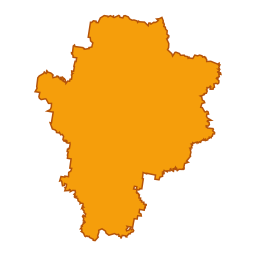 Lithgow, New South Wales, Australia (orthographic projection)
{"feature_id": "25037944B76556859341208", "entity_name": "Lithgow", "entity_type": "district", "adm_level": 2, "iso_a3": "AUS", "parent_name": "Australia", "parent_adm1": "New South Wales", "projection": "orthographic", "projection_center": [150.218, -33.32], "detail": "fine", "context": "isolated", "style": "filled", "palette": "amber", "viewbox_px": 256, "rotation_deg": 0, "n_neighbors": 0, "source": "geoboundaries", "source_scale": "gbopen_adm2", "svg_char_len": 5719}
<svg xmlns="http://www.w3.org/2000/svg" viewBox="0 0 256 256"><path d="M61.0,176.5L59.7,181.0L61.0,180.6L61.7,181.4L62.5,185.8L64.3,185.5L64.6,183.5L66.6,184.3L66.2,187.1L64.9,187.7L65.5,188.5L64.8,190.8L68.6,190.5L69.6,189.5L70.3,190.0L70.2,191.7L72.6,190.4L75.1,190.5L75.5,192.8L74.0,194.3L75.0,194.7L74.5,196.2L76.3,196.4L75.0,197.5L77.7,198.4L78.1,200.8L80.2,202.3L80.1,203.7L81.0,203.1L82.9,203.5L83.1,205.0L82.5,205.8L83.6,207.0L82.2,206.9L81.7,208.4L82.7,207.8L82.9,209.8L84.1,210.9L84.0,212.4L85.7,214.0L84.9,215.4L85.3,216.6L83.8,216.4L83.2,215.3L82.5,216.4L83.7,218.5L83.3,220.7L84.4,220.9L85.1,222.3L84.1,223.1L83.9,222.2L83.4,222.4L83.0,224.2L81.9,225.4L82.2,226.2L81.3,226.2L81.4,227.7L80.5,228.8L81.7,228.9L81.9,231.0L81.2,231.5L83.5,233.1L84.8,236.1L85.6,236.6L86.8,235.9L88.1,236.6L89.1,236.3L89.7,237.5L93.3,239.3L93.2,240.3L95.1,240.6L98.2,237.1L97.6,236.0L98.9,232.1L98.7,230.3L102.0,228.8L105.4,231.0L106.1,233.1L108.9,235.2L114.5,233.6L117.0,234.8L118.3,234.3L119.0,235.0L118.8,236.2L121.0,236.6L120.8,237.8L121.2,237.9L122.2,235.4L125.5,235.8L125.9,236.8L126.8,236.9L126.7,236.2L129.0,233.7L130.0,233.9L130.9,232.4L133.1,231.8L133.7,230.6L132.6,228.8L131.3,229.8L130.9,228.5L130.1,228.4L128.9,230.2L126.6,230.8L126.2,229.3L127.8,227.8L127.0,226.3L132.6,227.3L134.2,218.7L137.2,219.0L137.7,215.7L141.3,216.0L141.0,214.0L139.1,212.7L139.6,209.4L144.2,210.2L144.7,207.6L145.3,207.7L145.2,205.3L146.1,205.4L146.2,204.5L143.6,204.0L143.9,202.3L141.5,201.9L141.7,200.5L140.2,200.2L140.6,198.1L138.9,197.9L139.4,194.9L138.6,194.8L138.5,193.4L137.0,193.2L137.1,192.4L136.5,192.3L136.9,190.2L136.3,189.4L133.6,189.0L134.4,186.3L136.8,186.7L136.6,189.5L138.6,189.9L139.7,189.5L139.8,188.5L141.8,188.8L143.3,178.8L142.4,178.6L143.1,172.5L146.5,173.8L146.5,173.3L147.4,173.4L155.5,175.1L154.9,179.2L159.0,179.8L159.9,177.1L162.6,176.3L162.5,173.8L163.8,173.9L164.2,173.0L162.7,172.1L163.8,171.6L164.1,170.4L167.2,171.7L167.1,170.8L170.0,170.9L170.2,169.1L170.8,168.7L171.3,170.1L173.5,171.3L173.8,169.7L173.1,169.5L173.1,168.8L174.8,168.4L175.5,167.2L176.1,168.7L175.5,169.4L176.4,169.8L176.8,169.0L177.3,170.6L179.0,169.3L183.6,169.4L184.0,169.0L183.4,168.4L184.2,167.9L183.9,167.0L184.6,163.5L188.3,162.3L186.5,161.1L190.6,156.1L190.1,155.5L190.9,152.3L190.3,149.7L190.8,149.3L189.9,148.2L191.9,147.8L191.5,146.2L192.5,145.1L191.3,144.1L192.7,143.7L192.8,142.7L193.7,143.2L196.3,142.2L197.0,143.2L197.7,142.1L198.6,142.8L199.5,141.8L200.6,142.3L201.1,141.0L202.8,139.9L203.8,140.3L203.9,139.2L204.7,140.0L205.5,139.3L205.7,140.5L207.7,139.9L208.1,138.6L209.3,138.2L209.3,137.2L211.1,137.8L211.6,136.3L212.4,136.1L212.8,134.0L214.5,133.9L214.6,132.5L212.7,130.8L213.4,129.4L213.0,128.6L207.9,128.1L206.2,126.9L206.2,125.8L208.0,126.1L209.4,124.6L209.1,122.5L207.3,121.4L207.5,120.6L211.3,120.3L207.4,118.0L206.5,116.5L206.8,114.2L208.6,114.1L208.1,111.9L206.9,111.2L205.7,112.0L204.6,111.7L202.3,107.6L200.7,107.3L201.9,103.5L204.7,102.7L204.1,101.1L202.3,100.1L201.7,96.9L200.3,96.0L203.0,95.3L203.6,94.2L204.4,94.5L204.6,93.5L206.4,93.2L207.2,91.0L206.4,89.9L207.1,89.0L207.0,87.6L209.0,87.7L210.2,86.1L210.9,86.8L210.2,89.2L213.1,89.2L213.4,87.7L214.5,87.2L213.8,84.0L216.0,83.3L217.7,83.9L218.8,82.9L218.9,80.8L216.4,78.3L217.1,77.6L218.0,78.2L218.4,76.9L219.3,76.7L218.8,74.0L220.9,74.4L220.5,72.8L217.1,72.0L219.0,71.5L219.4,70.0L218.2,69.2L219.6,69.1L218.8,67.6L219.8,65.0L217.9,65.2L219.2,64.4L219.1,63.2L217.7,64.1L210.8,61.3L206.7,61.5L206.6,59.3L204.9,57.4L205.3,57.2L204.2,56.6L202.6,57.1L202.0,55.8L199.6,55.1L197.6,55.9L194.8,55.1L192.8,58.5L189.3,58.0L189.0,57.2L188.1,58.1L187.6,56.6L184.9,56.2L184.3,55.2L180.6,55.3L179.4,53.5L175.9,52.2L175.0,52.4L172.6,56.1L171.8,53.7L167.5,49.7L168.6,47.6L168.8,43.6L166.7,38.9L167.8,38.5L167.6,37.4L168.8,37.0L168.8,35.7L166.9,34.2L167.2,30.7L165.6,29.2L165.3,27.1L163.8,26.5L164.3,24.8L163.8,23.1L163.0,22.9L163.3,21.0L161.9,17.4L159.3,18.7L156.7,19.0L158.3,20.5L156.6,21.9L154.8,22.6L154.0,22.2L150.9,24.1L150.1,23.0L148.8,23.1L148.2,25.7L144.5,22.1L139.6,21.8L138.6,21.1L137.7,22.4L137.0,20.9L134.0,20.0L132.1,20.2L129.6,18.9L128.3,16.9L125.1,15.6L123.7,16.0L122.9,17.9L119.9,17.3L119.6,16.0L118.8,15.4L114.0,17.6L113.0,16.9L113.9,15.4L112.5,16.8L110.4,15.7L108.1,16.9L107.9,16.2L104.2,15.6L100.4,17.9L98.1,22.7L96.2,22.5L96.1,21.2L93.4,20.8L91.5,22.5L90.5,22.3L88.2,37.2L90.2,37.5L90.6,40.9L92.8,42.8L91.8,47.0L89.8,47.4L89.1,48.4L88.8,47.9L88.3,48.6L85.1,49.2L84.5,48.6L84.1,49.0L83.0,47.6L74.9,46.5L74.5,45.0L73.3,46.0L72.5,52.9L71.5,52.7L71.6,53.7L73.0,55.2L73.1,57.3L76.7,57.8L76.1,61.5L75.1,61.3L74.0,65.7L73.9,66.6L74.4,66.7L73.6,71.3L71.7,71.0L71.9,72.9L72.5,73.3L71.9,73.4L72.2,74.3L71.4,75.0L71.9,75.9L71.5,79.2L70.1,79.2L69.6,81.2L67.6,81.1L65.9,83.5L65.4,80.8L64.5,81.9L62.6,80.7L64.7,79.3L64.4,78.7L63.3,79.2L63.4,78.1L62.5,77.1L61.5,77.9L61.6,79.5L60.3,79.4L60.5,77.6L59.7,78.2L58.5,77.5L58.6,76.6L57.0,76.0L56.7,76.8L53.0,77.7L52.5,75.7L53.1,75.1L52.6,74.5L50.8,73.0L47.8,72.1L46.8,70.6L46.5,71.1L47.1,72.5L46.1,73.5L44.3,72.0L43.7,73.4L39.3,75.9L37.8,77.8L36.7,86.8L37.1,88.2L35.1,91.7L39.8,92.4L38.9,96.7L39.4,98.2L41.2,99.6L45.3,98.8L46.2,99.2L48.5,103.4L51.5,103.4L51.3,107.2L50.2,109.6L47.2,111.1L53.2,112.1L51.4,123.0L50.1,122.7L52.4,129.0L55.0,129.9L56.4,131.1L56.5,132.5L58.8,132.9L59.4,132.3L60.7,134.8L62.3,134.4L63.6,136.4L62.9,139.5L63.8,141.0L64.9,141.2L64.8,140.3L66.0,140.3L66.7,140.6L66.9,141.4L66.0,141.4L66.4,142.7L68.3,143.2L69.9,142.7L70.1,144.3L69.4,148.4L68.5,148.4L68.4,149.4L67.5,149.2L67.3,150.1L67.1,151.5L68.3,152.0L67.4,155.0L67.8,155.1L67.4,158.3L71.1,158.9L69.8,168.1L71.7,168.4L70.8,171.1L68.7,172.4L68.5,176.7L64.9,176.1L64.8,177.1L61.0,176.5Z" fill="#f59e0b" stroke="#b45309" stroke-width="1.5"/></svg>